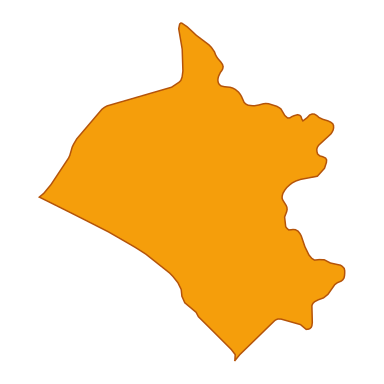 map outline of Lambayeque (orthographic projection)
{"feature_id": "PER-566", "entity_name": "Lambayeque", "entity_type": "Department", "adm_level": 1, "iso_a3": "PER", "parent_name": "Peru", "parent_adm1": "", "projection": "orthographic", "projection_center": [-79.581, -6.354], "detail": "fine", "context": "isolated", "style": "filled", "palette": "amber", "viewbox_px": 384, "rotation_deg": 0, "n_neighbors": 0, "source": "natural_earth", "source_scale": "10m", "svg_char_len": 2221}
<svg xmlns="http://www.w3.org/2000/svg" viewBox="0 0 384 384"><path d="M234.6,361.0L234.9,360.0L235.2,354.6L231.3,349.5L209.2,327.4L198.4,316.7L196.1,312.3L184.8,302.8L181.9,296.2L181.2,289.5L177.9,282.7L173.0,276.5L169.6,273.0L145.8,254.1L135.3,247.4L108.5,231.9L74.8,214.8L39.3,197.1L43.9,193.2L51.0,184.6L68.6,158.0L69.8,155.4L72.2,147.1L73.6,144.2L76.8,138.8L101.9,109.3L104.4,107.4L107.1,105.9L171.6,87.2L179.1,82.2L180.8,80.5L182.1,77.0L182.9,71.0L182.2,49.2L178.7,28.7L179.7,24.0L180.9,23.0L181.9,23.2L187.3,26.9L196.4,35.4L209.0,44.9L211.4,47.4L214.5,51.9L215.5,54.7L216.7,56.9L217.9,58.6L220.9,62.1L222.5,64.5L223.1,66.7L222.7,68.9L221.7,70.7L220.4,72.4L218.6,76.2L218.1,78.1L217.9,79.5L217.9,80.8L218.3,82.7L219.3,84.5L221.2,86.0L224.4,86.7L230.2,87.3L232.8,88.1L235.4,89.5L238.5,92.1L240.2,94.3L241.5,96.5L244.1,102.4L245.8,104.0L248.0,105.2L252.2,105.7L254.3,105.8L258.8,105.0L263.2,103.8L265.7,103.5L268.5,103.7L276.8,106.3L279.2,107.7L280.9,108.9L284.8,115.5L287.6,118.0L289.8,117.9L291.9,116.6L294.0,115.7L297.6,114.7L299.7,115.3L300.9,116.4L301.6,118.3L301.8,119.1L302.9,120.9L307.2,117.6L309.6,115.0L312.1,114.0L314.3,114.1L316.1,115.1L317.6,116.2L318.8,117.4L322.8,119.3L327.8,120.8L330.6,122.1L332.7,123.7L333.5,125.5L333.6,127.9L333.1,130.1L332.1,132.1L331.0,133.8L318.8,145.1L317.6,146.8L316.8,149.0L316.9,151.4L317.6,154.0L319.8,155.9L322.7,156.7L325.6,158.1L326.6,159.9L326.4,162.5L324.5,168.3L317.4,176.2L300.6,179.4L295.9,181.0L292.4,182.8L290.0,184.6L286.8,187.5L284.8,190.1L282.9,193.4L282.2,196.0L282.1,198.2L282.8,200.1L286.1,205.4L286.9,207.3L287.1,209.6L286.6,211.8L284.6,217.0L285.7,226.7L286.9,228.3L288.7,229.9L290.8,229.8L293.0,229.5L295.4,229.7L298.1,231.2L300.1,233.8L301.3,236.1L304.9,246.7L308.9,254.9L311.7,258.3L314.5,260.1L319.3,259.6L324.3,259.8L330.4,263.0L340.5,265.2L342.3,266.4L344.2,268.4L344.7,270.7L344.7,273.3L344.5,275.8L344.0,278.0L342.8,279.8L341.2,281.1L337.4,282.7L334.8,284.6L327.9,294.4L323.5,297.9L318.3,299.8L314.6,301.7L312.8,303.5L311.9,305.6L312.3,322.5L311.9,325.7L311.3,327.2L310.0,328.5L308.7,329.1L306.2,329.4L300.5,324.6L281.1,319.1L277.9,319.0L276.1,319.7L274.8,320.5L239.8,354.6L234.6,361.0Z" fill="#f59e0b" stroke="#b45309" stroke-width="1.5"/></svg>